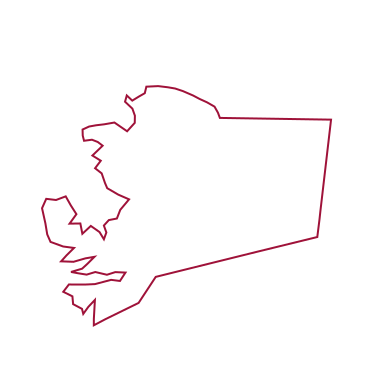 the district of Agricolândia, Piauí, Brazil, rotated 259°
{"feature_id": "56859067B82252507682420", "entity_name": "Agricolândia", "entity_type": "district", "adm_level": 2, "iso_a3": "BRA", "parent_name": "Brazil", "parent_adm1": "Piauí", "projection": "equal_earth", "projection_center": [-42.679, -5.769], "detail": "fine", "context": "isolated", "style": "outline", "palette": "rose", "viewbox_px": 384, "rotation_deg": 259, "n_neighbors": 0, "source": "geoboundaries", "source_scale": "gbopen_adm2", "svg_char_len": 1276}
<svg xmlns="http://www.w3.org/2000/svg" viewBox="0 0 384 384"><g transform="rotate(259 192 192)"><path d="M299.2,146.4L293.4,143.5L285.2,149.4L277.8,150.5L270.8,149.0L264.0,139.9L275.0,129.1L275.2,118.7L275.8,110.6L275.9,103.5L274.2,96.5L268.2,95.5L262.9,95.8L262.4,103.8L259.1,109.0L254.5,113.1L246.8,101.2L240.1,108.4L233.8,101.4L227.5,106.9L217.5,108.3L211.9,109.5L203.5,119.1L196.8,128.8L188.2,118.2L180.3,113.2L180.3,105.0L175.9,99.1L168.6,100.2L162.4,96.5L170.3,93.6L178.0,86.2L171.9,76.4L182.4,76.4L184.3,65.8L192.3,74.3L201.9,70.5L211.8,67.2L210.1,57.0L213.1,47.6L204.7,41.7L189.3,42.1L178.0,41.8L170.0,43.6L163.1,55.1L159.6,65.5L153.8,56.8L148.9,50.3L146.1,62.4L147.2,74.7L147.0,83.9L141.5,75.7L137.7,69.5L136.6,58.0L134.0,64.6L131.0,72.8L131.9,81.8L127.0,92.7L128.0,101.4L125.6,111.3L118.4,104.3L121.2,95.8L120.1,79.2L121.6,69.1L124.7,53.5L118.6,46.6L112.4,54.7L104.6,53.9L98.3,61.7L93.1,62.0L99.1,68.4L104.6,76.1L86.0,71.4L79.9,70.2L83.7,82.8L93.3,118.4L115.6,140.2L120.9,244.1L123.9,306.4L140.7,311.9L149.1,314.5L236.5,342.3L259.4,233.5L264.9,232.6L271.5,230.4L277.2,223.8L281.9,217.2L286.5,211.5L292.8,202.3L296.8,195.2L299.4,188.3L302.4,179.0L304.1,167.3L298.0,164.5L295.9,158.3L293.1,150.8L299.2,146.4Z" fill="none" stroke="#9f1239" stroke-width="2"/></g></svg>